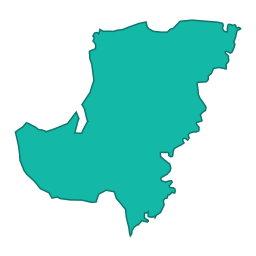 outline of Firestone, Margibi, Liberia
{"feature_id": "62588387B74380915330894", "entity_name": "Firestone", "entity_type": "district", "adm_level": 2, "iso_a3": "LBR", "parent_name": "Liberia", "parent_adm1": "Margibi", "projection": "mercator", "projection_center": [-10.331, 6.374], "detail": "fine", "context": "isolated", "style": "filled", "palette": "teal", "viewbox_px": 256, "rotation_deg": 0, "n_neighbors": 0, "source": "geoboundaries", "source_scale": "gbopen_adm2", "svg_char_len": 4528}
<svg xmlns="http://www.w3.org/2000/svg" viewBox="0 0 256 256"><path d="M15.4,132.1L15.4,132.3L16.0,134.5L17.8,142.3L18.4,145.1L19.6,154.0L19.8,157.5L20.1,160.7L21.2,163.3L21.8,165.0L23.0,167.8L24.1,170.6L26.8,174.3L34.5,181.3L36.0,183.1L40.4,188.7L48.0,192.3L48.9,192.7L50.8,196.0L51.1,196.5L52.1,198.1L57.4,197.0L60.4,198.6L67.3,199.5L70.2,199.9L70.6,199.9L81.9,200.1L91.2,202.3L95.4,202.0L96.0,202.0L96.7,200.0L98.7,194.2L106.1,190.2L114.3,191.8L115.2,194.7L116.5,198.6L122.1,205.1L123.7,207.2L124.8,208.5L125.0,208.7L125.6,209.4L125.7,210.5L125.7,211.0L125.8,211.9L126.2,215.4L126.4,217.4L127.0,220.0L127.6,222.5L128.8,227.3L129.6,233.2L130.1,235.0L130.3,235.9L131.5,234.3L132.1,230.2L134.2,227.1L135.2,226.3L137.6,224.7L138.3,224.8L141.8,220.7L143.8,221.2L145.8,221.7L147.2,222.0L147.5,221.3L148.1,221.4L148.3,220.7L148.3,220.4L148.1,220.2L147.4,219.9L146.8,219.6L145.5,218.6L144.3,217.8L144.5,215.0L144.6,212.9L146.8,212.9L148.1,211.9L148.1,216.3L148.7,216.6L149.0,216.6L149.4,216.9L150.8,217.1L152.0,217.1L152.7,217.1L153.4,216.9L154.0,216.5L154.3,216.2L154.6,216.6L155.0,217.7L156.2,215.3L160.5,212.5L162.9,207.5L164.1,205.0L163.3,200.6L164.6,198.7L167.1,198.1L167.9,195.4L168.0,194.9L169.4,194.8L170.7,193.8L170.9,193.5L172.0,192.1L172.5,192.4L173.5,193.0L174.8,192.9L175.0,192.0L175.2,191.3L174.9,189.0L173.4,187.8L170.4,187.7L169.5,186.9L169.2,185.8L170.5,184.4L171.7,182.8L172.1,182.3L171.7,180.9L171.0,180.8L170.1,180.7L167.9,181.4L167.3,181.4L165.6,182.0L163.8,181.5L161.8,180.9L160.8,179.2L160.8,178.2L162.0,177.1L162.8,176.7L163.9,176.1L167.2,174.1L168.8,172.3L169.6,171.8L170.8,168.6L170.3,165.7L169.5,163.6L168.0,162.8L167.7,162.6L165.9,161.0L164.1,159.7L160.6,156.6L160.5,155.0L160.4,154.1L160.3,152.8L161.1,152.2L162.4,152.4L163.5,152.4L163.9,152.4L165.3,152.5L165.8,152.5L167.7,152.3L168.8,153.2L168.8,155.6L170.5,156.6L170.9,156.8L171.4,156.6L172.2,156.5L172.7,155.8L173.2,151.2L173.7,150.2L173.7,149.7L174.2,148.6L178.3,146.2L181.4,144.8L182.9,143.7L184.0,142.9L183.2,141.6L183.0,140.9L182.8,140.0L183.1,138.7L183.4,138.6L184.2,138.3L185.8,138.6L186.8,139.7L187.7,140.1L189.1,138.0L188.1,134.9L188.7,134.2L189.6,133.1L193.3,132.0L194.2,132.0L196.3,131.9L198.8,130.9L199.1,127.5L198.5,126.7L198.3,126.5L196.5,124.3L196.5,122.3L199.0,121.9L202.0,120.8L200.7,115.7L200.4,114.5L202.9,112.1L205.6,110.3L206.0,107.1L203.9,103.8L203.0,102.4L199.9,98.2L198.3,94.4L198.0,90.0L197.0,83.0L198.4,82.2L202.2,82.1L206.5,81.7L208.1,79.7L208.3,79.4L208.3,75.9L211.3,73.6L213.5,68.4L214.5,68.2L217.1,67.8L217.7,67.7L219.0,67.5L223.3,68.3L226.1,69.0L226.3,67.9L226.1,65.2L226.3,64.7L226.4,64.2L226.8,63.0L227.5,62.8L228.7,61.1L228.4,56.1L225.4,53.2L225.3,51.6L227.1,51.3L227.6,51.8L228.2,51.8L229.9,53.0L230.8,53.0L232.0,52.1L232.7,50.7L234.2,47.3L234.8,44.6L234.9,44.3L234.4,43.3L233.7,41.7L234.6,40.1L234.6,39.8L235.5,37.6L235.8,36.2L236.3,33.7L236.3,33.4L237.3,30.3L239.4,29.6L239.7,29.4L240.6,28.9L240.0,28.0L238.8,27.3L238.4,27.5L237.4,28.0L235.8,27.0L235.8,26.2L235.7,25.3L234.8,24.8L234.6,24.8L234.4,24.9L232.5,25.4L231.4,24.7L230.8,24.7L229.2,24.2L228.2,24.6L227.5,27.1L227.4,28.4L227.4,29.5L227.4,31.0L227.2,31.9L226.0,31.8L225.5,31.6L225.2,31.8L224.3,31.2L223.8,30.9L223.7,30.5L223.1,29.7L222.2,27.8L223.0,26.8L223.0,26.4L223.3,25.6L222.7,23.4L217.7,22.2L211.8,21.7L202.7,21.0L191.9,20.1L189.4,20.4L180.0,21.3L178.6,22.8L177.1,24.4L173.3,28.3L170.0,29.4L167.4,32.1L161.4,32.2L156.3,31.6L153.5,31.4L149.8,29.3L149.0,28.9L147.1,27.0L146.1,22.0L142.1,22.8L138.9,23.5L127.5,27.6L122.4,29.7L120.7,29.9L116.9,30.3L113.7,31.4L108.8,31.2L103.3,31.3L99.9,29.5L99.9,29.9L99.1,32.6L99.0,32.8L98.6,33.6L98.1,33.0L96.6,32.5L96.3,32.6L95.2,32.8L94.9,33.0L94.1,33.8L93.2,35.4L93.0,36.0L92.9,36.2L93.3,36.5L93.5,36.6L94.0,37.1L94.0,37.6L94.1,38.0L94.1,38.5L93.6,39.7L93.0,41.0L94.0,42.1L94.4,42.7L95.4,44.1L95.6,45.3L95.7,46.3L95.5,47.7L95.4,48.8L94.4,49.2L90.5,50.8L89.4,51.3L89.4,52.0L89.5,53.8L89.8,54.5L89.7,57.2L89.7,57.8L91.2,62.5L91.8,64.3L92.9,72.6L93.9,80.3L89.9,92.8L88.6,94.7L87.1,96.9L83.1,103.0L81.9,104.6L82.5,105.4L82.9,106.0L84.5,108.8L84.9,110.8L85.5,113.1L86.2,116.3L87.1,120.0L87.4,120.6L87.5,120.9L87.9,121.6L87.4,121.8L83.0,130.1L81.7,133.3L78.3,133.2L74.8,133.0L78.5,118.8L78.9,118.7L76.2,112.1L75.8,112.6L67.6,123.5L66.5,124.0L54.1,129.0L46.4,131.6L46.2,131.7L45.6,131.4L45.3,131.1L41.6,129.9L39.2,129.6L38.6,129.6L37.9,129.2L36.1,127.6L35.8,127.3L30.5,124.6L28.0,123.3L26.3,122.8L22.8,126.9L22.7,127.0L19.9,128.8L19.3,129.2L16.7,131.1L15.4,132.1Z" fill="#14b8a6" stroke="#0f766e" stroke-width="1.5"/></svg>